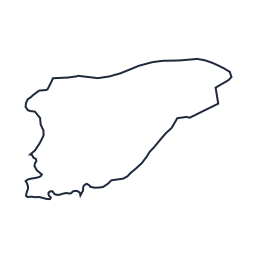 outline of Daro, Sarawak, Malaysia, rotated 85°
{"feature_id": "92858781B64296283519727", "entity_name": "Daro", "entity_type": "district", "adm_level": 2, "iso_a3": "MYS", "parent_name": "Malaysia", "parent_adm1": "Sarawak", "projection": "natural_earth1", "projection_center": [111.483, 2.563], "detail": "fine", "context": "isolated", "style": "outline", "palette": "slate", "viewbox_px": 256, "rotation_deg": 85, "n_neighbors": 0, "source": "geoboundaries", "source_scale": "gbopen_adm2", "svg_char_len": 1624}
<svg xmlns="http://www.w3.org/2000/svg" viewBox="0 0 256 256"><g transform="rotate(85 128 128)"><path d="M180.0,233.0L183.1,234.5L186.8,235.5L188.0,234.0L188.0,230.3L188.9,226.3L188.9,222.8L189.9,219.8L191.1,216.7L191.9,213.8L191.9,211.8L190.4,211.0L188.7,212.5L187.3,213.0L185.5,212.8L184.4,211.2L184.3,209.0L187.7,206.7L188.6,203.8L188.4,201.3L187.8,198.6L187.4,195.9L187.8,193.2L188.3,191.3L187.7,190.0L186.4,188.4L186.1,186.9L186.1,185.2L186.7,183.4L188.4,181.6L191.0,181.3L186.2,178.2L183.7,177.9L182.1,177.4L181.1,176.4L180.3,175.0L180.0,173.9L182.1,171.2L183.4,170.6L184.6,166.1L184.8,161.9L184.6,158.0L181.6,152.6L178.7,149.2L178.3,142.9L178.1,137.7L176.3,133.1L172.7,128.9L169.7,124.5L164.1,117.2L158.3,112.0L153.5,108.4L149.9,104.2L141.8,96.2L136.7,91.0L131.7,84.5L122.5,78.0L122.1,68.8L123.1,65.6L111.6,36.0L95.4,37.2L89.1,23.8L86.3,20.5L81.0,21.7L77.1,27.0L73.6,32.7L70.8,37.6L67.3,45.3L65.2,53.0L65.2,70.1L64.8,77.4L64.1,87.1L64.5,97.7L66.9,111.5L69.7,120.4L72.9,131.0L75.0,142.0L75.7,153.7L71.7,173.1L72.1,175.1L72.5,183.0L71.9,198.6L72.9,198.9L79.0,202.6L82.6,204.9L83.0,206.3L83.0,210.0L83.0,213.3L87.0,219.8L88.6,221.7L90.7,225.4L93.9,227.3L97.9,228.2L101.5,226.3L102.7,223.5L103.5,219.4L110.4,214.7L113.6,214.7L116.8,214.7L120.9,213.3L122.9,212.4L128.1,212.8L132.1,215.2L135.8,217.5L138.6,219.8L142.2,222.6L145.9,227.7L146.2,226.2L148.0,225.3L149.3,224.8L150.8,222.5L153.0,222.2L155.2,223.8L157.9,224.5L162.2,222.5L165.2,219.5L166.8,217.8L168.4,219.2L169.3,221.5L169.7,224.8L170.0,229.2L170.7,232.7L172.0,234.6L173.7,233.7L177.5,232.7L180.0,233.0Z" fill="none" stroke="#1e293b" stroke-width="2"/></g></svg>